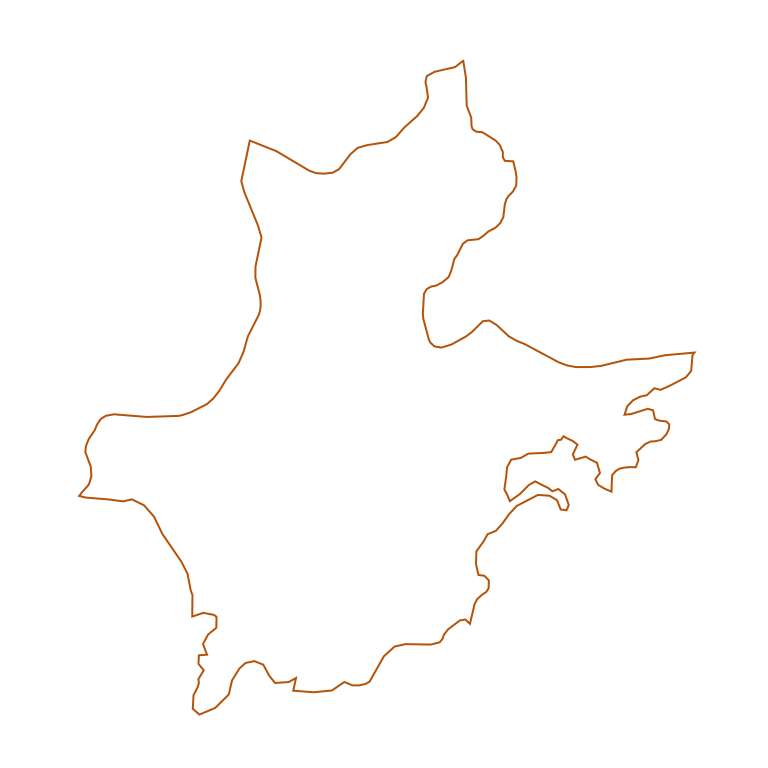 outline of Fukuoka, rotated 176°
{"feature_id": "JPN-1829", "entity_name": "Fukuoka", "entity_type": "Prefecture", "adm_level": 1, "iso_a3": "JPN", "parent_name": "Japan", "parent_adm1": "", "projection": "albers", "projection_center": [130.552, 33.473], "detail": "fine", "context": "isolated", "style": "outline", "palette": "amber", "viewbox_px": 768, "rotation_deg": 176, "n_neighbors": 0, "source": "natural_earth", "source_scale": "10m", "svg_char_len": 3452}
<svg xmlns="http://www.w3.org/2000/svg" viewBox="0 0 768 768"><g transform="rotate(176 384 384)"><path d="M72.1,393.7L74.2,391.3L76.7,375.6L82.4,369.6L98.9,362.4L108.5,358.9L114.6,360.9L120.4,356.3L122.5,354.5L129.3,353.5L136.7,350.4L142.9,344.8L146.2,336.6L139.7,336.8L122.5,340.9L117.4,338.9L116.1,330.1L111.4,328.1L104.9,326.9L102.3,323.9L102.9,319.4L105.8,314.1L111.5,308.9L117.0,308.0L122.2,308.0L127.7,305.8L137.0,298.3L135.5,290.3L138.6,283.4L144.6,283.9L150.6,283.8L155.3,283.0L159.1,280.9L162.8,277.0L164.6,260.7L171.3,264.2L177.3,268.3L179.8,274.2L174.8,280.2L177.0,290.5L184.5,295.0L187.8,297.5L198.7,295.1L200.6,300.5L195.2,310.0L199.4,313.8L205.9,317.5L208.5,319.3L211.2,316.1L214.5,315.8L216.6,312.4L221.9,304.4L229.9,304.1L244.8,304.5L252.8,300.7L262.4,299.7L267.0,292.4L268.6,282.9L271.3,270.4L269.0,265.4L266.6,258.4L256.2,264.7L246.7,273.0L240.0,276.3L233.1,272.1L227.1,268.6L223.6,265.2L217.5,267.1L211.1,261.3L208.1,250.3L210.8,245.3L216.5,246.5L219.5,256.0L226.7,261.0L238.2,262.6L260.1,253.1L268.4,245.3L275.5,236.7L282.7,229.7L291.2,226.9L295.2,220.6L303.5,210.6L304.8,198.2L303.1,186.9L297.2,185.7L293.1,180.7L293.9,172.9L296.5,169.4L300.6,167.1L306.0,163.0L309.0,158.1L315.0,138.7L319.3,143.4L324.9,142.8L337.2,134.8L341.7,129.7L343.5,125.5L346.6,122.4L355.4,120.8L380.7,123.0L391.9,121.3L403.1,112.4L419.2,88.0L423.5,86.0L430.3,85.1L436.6,85.6L444.3,89.5L457.4,81.9L475.8,81.4L495.9,84.4L492.3,96.8L500.0,93.3L513.6,93.4L518.9,101.1L524.0,112.4L532.7,116.6L541.5,115.4L548.1,110.3L556.3,98.9L560.5,85.1L574.9,72.7L591.2,67.1L597.4,73.3L595.7,86.9L590.9,94.8L589.5,98.7L589.8,102.4L583.8,111.0L588.6,117.7L587.6,126.3L579.4,126.3L581.3,132.5L582.7,137.3L579.4,142.5L576.9,146.4L568.3,152.5L567.5,161.0L567.4,163.5L569.7,165.5L580.1,168.3L591.5,165.4L589.8,186.8L591.2,191.6L593.2,208.4L598.6,221.0L615.4,249.6L622.8,267.9L631.8,279.7L643.5,286.5L652.5,285.1L666.4,288.0L689.4,291.5L695.9,293.6L692.8,297.1L686.0,303.7L684.5,306.5L682.3,312.6L682.3,322.1L686.7,336.9L685.6,343.0L682.4,349.7L676.0,357.8L672.9,363.9L668.8,369.0L663.6,371.7L655.4,372.6L623.2,367.7L591.0,366.5L586.1,367.3L578.3,369.4L562.2,376.2L555.5,381.3L548.9,388.5L541.0,399.7L527.7,414.8L521.8,426.1L516.5,441.0L503.9,462.0L502.4,466.2L501.7,469.9L501.3,475.2L501.6,481.0L504.9,499.0L504.0,510.1L496.0,538.5L498.5,550.3L510.1,585.6L512.2,596.3L500.9,636.2L475.0,623.7L443.7,602.0L436.8,599.0L428.7,598.0L420.3,598.4L413.8,601.5L401.3,615.7L393.8,621.4L384.0,623.5L363.6,625.2L354.9,629.5L345.6,638.7L332.3,648.9L325.0,656.7L320.1,666.6L320.9,678.0L321.6,682.1L320.3,686.9L319.6,688.3L311.9,691.9L291.0,695.2L282.5,700.9L282.4,700.9L280.9,683.8L282.1,655.9L278.4,643.6L278.7,635.3L277.9,632.1L274.9,629.5L272.0,628.8L269.2,628.6L266.9,627.3L255.7,619.1L251.9,614.5L249.3,607.2L249.6,601.6L247.9,598.2L239.6,597.1L237.9,587.5L237.4,580.9L238.2,572.7L242.0,567.0L246.6,562.9L248.9,560.0L250.9,555.0L253.3,542.3L256.8,536.4L262.0,532.1L269.2,528.9L274.5,524.9L279.6,521.9L290.7,521.5L295.6,518.3L301.9,507.6L305.1,503.8L308.8,492.9L312.1,486.1L318.5,481.5L324.8,478.6L330.1,477.9L334.7,475.8L337.8,471.3L340.4,450.9L340.2,446.2L336.2,425.4L335.0,422.2L331.1,418.0L324.3,416.3L313.7,418.8L298.5,425.9L292.1,430.2L281.1,439.7L274.7,440.0L267.6,435.1L256.2,422.9L248.8,417.9L240.7,413.9L208.1,393.4L200.2,389.8L191.5,387.5L176.4,386.5L166.4,386.9L140.3,391.3L117.6,390.9L101.3,393.1L72.2,393.7L72.1,393.7Z" fill="none" stroke="#b45309" stroke-width="2"/></g></svg>